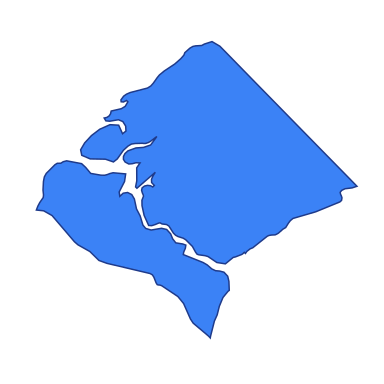 outline of Ziguinchor, rotated 45°
{"feature_id": "SEN-775", "entity_name": "Ziguinchor", "entity_type": "Region", "adm_level": 1, "iso_a3": "SEN", "parent_name": "Senegal", "parent_adm1": "", "projection": "natural_earth1", "projection_center": [-16.415, 12.748], "detail": "fine", "context": "isolated", "style": "filled", "palette": "blue", "viewbox_px": 384, "rotation_deg": 45, "n_neighbors": 0, "source": "natural_earth", "source_scale": "10m", "svg_char_len": 2895}
<svg xmlns="http://www.w3.org/2000/svg" viewBox="0 0 384 384"><g transform="rotate(45 192 192)"><path d="M108.6,69.2L119.6,69.3L161.2,69.8L199.6,70.2L255.5,70.8L288.4,71.1L304.6,71.3L302.3,75.9L297.9,81.5L296.7,85.0L297.0,87.5L298.6,88.5L300.5,89.2L302.2,90.1L303.7,92.2L303.6,94.4L293.5,118.5L282.1,139.3L281.8,142.7L282.2,145.8L283.4,150.9L282.6,153.9L282.2,160.0L281.7,161.9L281.1,163.5L278.4,166.5L277.1,168.4L276.5,170.1L274.4,188.5L273.3,191.1L272.8,195.2L273.2,197.7L271.6,197.7L271.6,199.9L271.3,201.1L268.6,207.2L267.4,209.1L266.4,219.2L259.4,224.3L249.0,226.3L246.4,227.7L241.2,231.6L239.6,232.4L237.0,232.0L230.8,230.2L221.3,230.2L218.4,230.9L213.6,233.4L210.9,234.2L207.9,234.2L199.7,232.4L197.0,233.0L193.4,235.8L191.2,236.4L190.3,237.8L189.0,241.0L187.3,244.3L185.0,246.3L174.7,242.4L166.3,237.0L162.4,233.2L160.7,229.3L159.7,228.6L157.4,227.7L155.1,226.4L153.8,224.3L154.2,221.4L155.8,218.8L158.2,216.9L160.7,216.2L160.7,214.0L156.8,213.9L154.4,211.7L153.0,208.1L152.1,204.0L150.4,228.3L148.5,228.3L145.1,223.2L135.8,214.0L134.7,208.2L131.7,210.9L129.8,214.2L127.5,216.9L123.5,218.1L120.4,217.4L118.4,215.3L117.4,212.2L117.6,208.2L121.2,200.5L126.2,194.7L129.5,188.0L127.9,177.6L126.8,185.6L126.2,187.8L124.9,190.4L123.7,191.7L122.5,192.6L117.5,197.9L115.3,200.9L114.3,204.7L114.0,211.0L115.8,221.5L115.2,226.3L107.6,230.0L96.6,240.6L88.1,244.0L83.4,240.9L81.4,233.2L81.0,223.2L82.4,212.8L86.4,202.4L92.9,196.6L101.7,199.9L102.2,195.6L98.5,192.3L93.3,191.1L88.9,192.9L83.7,200.2L80.8,202.6L77.6,201.8L79.1,199.4L79.6,196.8L79.1,194.3L77.6,191.9L83.1,183.1L84.2,178.7L82.9,173.6L81.0,173.6L79.9,176.8L78.1,178.3L76.6,177.1L75.9,172.6L76.5,169.1L78.0,165.3L87.0,150.0L87.9,146.2L87.7,142.5L86.5,135.5L86.2,132.2L86.8,126.0L89.3,113.7L89.8,105.8L89.5,101.0L88.4,98.5L88.8,91.7L89.7,88.4L91.3,86.0L95.3,81.5L96.1,78.7L99.8,71.5L108.6,69.2ZM285.6,283.9L280.7,282.9L264.9,276.8L255.9,275.9L236.8,279.7L235.1,280.5L234.0,281.5L232.9,282.1L230.8,281.6L225.3,279.2L222.6,278.6L220.0,279.3L202.5,290.1L182.3,302.6L174.6,306.2L161.9,306.3L148.7,310.0L144.0,310.3L109.7,307.6L100.4,310.2L94.7,314.8L93.0,311.0L91.8,307.1L90.7,301.1L89.1,299.1L85.3,296.0L79.5,289.6L76.9,285.7L75.8,281.9L75.8,269.6L76.4,267.0L78.9,264.4L79.5,261.7L81.3,258.6L93.9,250.0L99.4,249.8L107.2,250.5L115.7,244.5L118.4,241.9L119.8,239.5L120.9,237.0L122.6,234.2L132.3,226.1L136.9,232.3L140.5,243.5L144.0,246.1L144.2,241.5L146.8,237.9L151.2,236.4L156.2,237.7L164.7,243.2L172.3,245.6L180.7,250.1L185.0,250.5L190.0,247.8L196.1,239.2L200.6,236.4L206.5,236.7L211.5,238.8L216.5,239.4L222.2,235.3L225.2,233.9L227.1,236.5L228.6,240.3L230.1,242.4L249.7,234.0L254.3,232.8L260.3,232.4L264.3,231.0L267.5,228.3L271.3,226.1L276.8,226.3L281.3,229.1L287.9,235.2L287.7,236.9L288.5,244.7L292.1,253.4L296.7,261.1L299.1,267.4L307.0,280.7L308.1,282.3L305.7,282.2L285.6,283.9Z" fill="#3b82f6" stroke="#1e3a8a" stroke-width="1.5"/></g></svg>